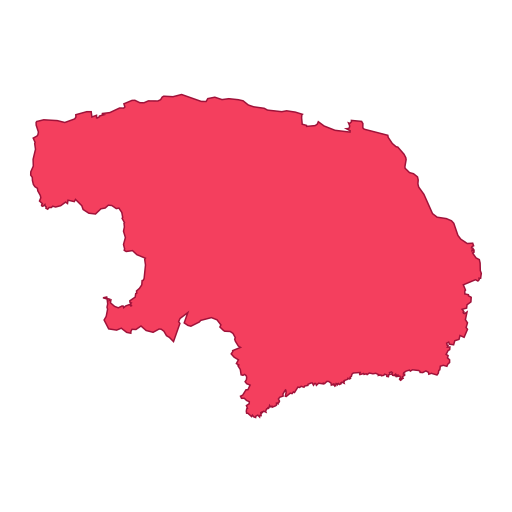 outline of Portlaw-Kilmacthomas Lea-5, Waterford, Ireland
{"feature_id": "5873133B10835743668931", "entity_name": "Portlaw-Kilmacthomas Lea-5", "entity_type": "district", "adm_level": 2, "iso_a3": "IRL", "parent_name": "Ireland", "parent_adm1": "Waterford", "projection": "orthographic", "projection_center": [-7.459, 52.233], "detail": "fine", "context": "isolated", "style": "filled", "palette": "rose", "viewbox_px": 512, "rotation_deg": 0, "n_neighbors": 0, "source": "geoboundaries", "source_scale": "gbopen_adm2", "svg_char_len": 6062}
<svg xmlns="http://www.w3.org/2000/svg" viewBox="0 0 512 512"><path d="M351.4,120.4L351.5,121.7L349.8,123.4L348.5,122.9L349.7,125.9L349.4,127.5L348.6,128.5L346.4,128.7L350.2,130.8L350.0,132.1L335.0,130.3L324.1,126.0L318.3,121.7L317.4,124.0L315.2,125.6L306.6,126.4L306.5,125.4L302.2,124.2L301.6,117.8L301.8,114.9L302.4,114.3L295.3,112.1L286.6,110.8L281.8,111.7L267.5,110.1L264.2,108.3L253.6,106.8L248.3,105.0L243.1,100.8L238.3,99.7L228.8,98.7L222.0,99.6L214.8,97.2L207.8,98.6L206.1,101.5L201.2,101.4L181.6,94.5L173.0,96.7L163.7,96.2L162.2,97.1L160.6,99.7L157.8,101.0L148.3,100.9L143.9,102.8L139.8,102.7L134.9,100.3L132.0,100.4L123.9,103.8L124.9,107.0L123.7,108.1L119.6,108.0L109.8,112.6L102.4,113.5L102.3,114.4L103.7,114.8L99.5,116.0L99.4,116.8L97.3,118.0L96.6,117.9L96.5,115.3L91.9,117.0L91.2,111.7L86.7,111.7L75.8,114.7L75.9,117.1L74.7,118.9L64.8,122.5L57.3,120.6L43.7,119.8L36.7,121.5L36.1,122.5L36.2,125.2L38.4,132.0L37.9,134.8L36.9,136.1L33.2,138.1L35.1,142.4L34.7,143.5L35.5,149.3L33.1,159.3L33.3,166.1L30.8,171.8L30.7,175.1L32.3,177.4L32.4,180.4L33.4,184.5L34.9,186.7L37.4,188.3L37.8,190.9L40.3,195.4L40.8,197.8L39.5,201.0L42.3,203.6L41.5,205.2L41.9,206.0L42.8,206.3L44.9,204.6L45.0,205.8L46.2,206.9L45.9,208.2L47.7,209.2L49.1,207.5L51.4,207.5L52.7,206.2L55.6,207.0L60.7,205.7L65.6,202.1L67.5,203.5L68.0,200.2L74.3,201.6L75.5,199.4L81.8,205.7L83.1,209.5L88.8,213.2L95.5,214.0L100.9,208.8L105.2,208.0L108.3,205.2L111.8,205.5L116.3,208.6L118.9,208.1L121.8,212.5L122.7,217.4L122.1,218.3L124.5,222.7L124.0,223.3L124.4,227.0L123.5,231.2L125.4,237.6L123.5,244.5L124.6,248.8L124.2,250.3L126.2,251.5L132.5,250.6L136.9,254.7L145.4,258.2L144.7,259.4L145.5,265.0L144.1,278.6L143.1,280.4L142.1,280.6L141.8,284.8L139.5,288.3L136.5,291.0L136.8,293.1L135.7,293.6L135.2,297.1L129.8,300.8L130.0,302.3L131.3,302.9L130.3,304.0L131.5,305.7L130.9,306.0L129.6,304.5L125.6,306.0L123.7,307.7L123.2,306.1L122.0,306.0L118.3,307.8L114.6,306.4L110.4,302.8L110.9,300.0L109.2,300.5L109.7,299.2L107.0,298.5L106.7,297.0L103.0,297.8L107.1,299.0L107.7,304.0L107.0,307.2L107.6,309.2L106.2,316.4L104.1,320.0L108.7,328.9L116.6,330.1L121.3,328.2L126.7,332.4L130.8,333.2L130.9,331.4L132.0,329.3L135.9,329.5L141.0,326.0L146.1,330.5L153.1,332.3L159.1,329.0L161.2,329.2L163.9,331.2L166.5,335.7L169.4,337.4L173.5,341.6L179.9,323.4L178.6,321.7L180.0,318.5L187.8,312.6L184.2,322.9L187.9,325.4L190.9,326.2L199.3,322.0L200.7,320.4L211.4,317.6L217.0,319.8L220.9,324.9L219.9,327.0L223.2,330.2L224.6,331.2L230.2,331.5L233.0,333.4L235.3,337.7L234.7,339.2L235.4,341.3L238.3,346.0L240.5,347.4L232.7,350.6L232.9,351.4L231.2,353.9L234.0,357.1L238.4,359.8L236.4,363.6L238.8,365.0L238.0,365.8L240.3,369.5L241.1,374.8L243.0,375.3L244.6,374.4L246.2,375.7L246.7,377.3L246.4,379.8L245.1,381.7L246.7,383.7L250.1,385.1L247.9,389.7L246.0,389.8L242.7,395.1L240.5,396.2L241.5,398.3L244.3,398.3L246.6,400.5L249.3,401.7L249.2,403.7L246.4,405.6L247.5,408.3L246.7,408.8L246.3,411.2L246.6,413.2L247.9,413.3L251.6,416.6L252.4,415.2L253.8,416.9L255.6,417.5L255.7,416.3L257.8,415.1L259.6,417.0L259.8,415.5L261.1,415.6L260.8,412.6L262.1,411.9L262.2,412.6L263.7,411.2L265.9,412.1L265.6,411.3L266.6,408.9L268.5,408.4L268.1,407.6L269.4,407.1L269.6,405.5L270.6,406.8L271.9,406.2L272.2,407.2L275.6,405.8L276.5,405.1L276.5,403.2L278.1,403.8L278.1,402.6L278.9,402.5L279.5,401.1L278.4,399.0L279.8,397.2L283.1,396.1L283.0,393.9L285.4,389.9L284.9,389.5L285.8,390.1L286.1,392.5L285.3,396.2L286.2,396.5L290.2,393.2L292.1,393.6L293.4,391.9L294.5,392.5L297.9,387.1L299.6,387.5L301.1,386.3L304.0,387.2L304.7,386.0L307.9,385.4L308.0,384.3L311.0,383.0L312.3,383.0L313.5,385.2L314.6,383.5L315.7,383.5L316.4,385.3L318.6,383.2L323.4,383.9L323.4,383.2L324.6,383.6L326.9,381.4L328.8,381.5L331.0,383.1L331.3,385.1L333.0,384.2L333.3,385.6L333.4,384.1L334.0,384.0L334.8,386.0L335.5,385.3L335.6,386.4L336.1,383.5L337.1,383.7L337.5,384.7L338.4,383.5L339.5,384.5L341.1,383.7L340.8,383.0L341.9,382.2L344.1,383.2L343.6,381.7L344.3,381.5L344.1,380.6L347.6,379.3L347.9,378.3L349.4,379.0L350.5,378.4L350.0,377.3L351.4,376.4L351.9,374.2L353.3,373.0L360.1,372.5L359.6,374.0L359.9,374.6L363.6,373.5L364.0,374.4L366.3,373.8L367.1,374.6L369.3,373.0L372.9,373.8L375.8,373.3L378.7,374.7L378.4,375.4L380.9,375.0L381.4,375.8L383.8,375.3L384.6,374.2L386.8,374.9L386.8,376.4L388.4,376.7L388.8,374.7L390.1,374.3L389.5,372.6L391.5,371.9L392.4,372.7L391.5,374.2L392.3,374.2L392.6,375.3L393.9,375.5L395.4,374.3L395.3,375.4L396.2,375.1L396.0,375.8L396.8,375.5L396.7,376.3L397.9,375.5L397.8,376.4L399.8,376.1L400.4,377.3L399.9,378.4L400.8,378.4L399.7,379.4L400.6,380.3L401.9,379.3L401.9,378.5L403.1,378.3L402.4,376.7L404.7,375.2L404.6,374.2L403.4,374.5L404.4,374.2L403.4,374.0L403.7,372.8L406.3,371.0L409.5,370.1L410.3,371.1L412.5,369.8L418.7,370.5L420.0,371.4L420.1,372.4L422.7,372.6L425.9,370.9L428.5,372.4L428.8,374.2L431.4,373.3L437.0,375.0L438.3,373.2L438.8,370.4L439.8,369.8L440.3,366.2L443.3,365.3L446.9,366.3L447.7,364.3L449.6,362.5L449.6,359.8L447.5,357.9L448.1,355.6L446.1,354.4L448.0,350.7L449.7,349.6L449.9,347.0L447.4,347.2L448.1,345.4L447.2,345.3L446.6,343.2L448.7,342.1L449.5,344.2L453.6,344.8L454.8,340.7L459.0,339.4L460.0,335.5L464.1,337.3L467.5,329.3L466.1,327.5L467.5,322.8L465.4,319.7L467.0,312.0L464.7,313.6L463.6,313.3L463.9,312.3L463.2,312.1L463.7,311.4L462.1,309.3L466.6,308.1L467.0,304.8L470.9,301.9L471.2,297.3L468.5,295.8L468.4,294.7L464.8,293.9L464.8,290.9L465.5,290.1L463.3,284.8L475.5,279.7L477.9,281.0L479.2,279.7L479.0,278.2L480.6,278.3L481.3,273.4L480.3,270.6L480.1,263.0L479.3,259.6L476.0,257.9L472.6,253.0L474.0,252.2L474.0,250.3L471.9,250.8L472.0,250.0L473.5,249.5L472.8,248.2L471.5,247.8L472.1,246.5L473.6,245.8L472.7,243.2L467.2,243.5L460.8,239.2L457.9,235.4L453.8,223.3L451.5,220.8L446.4,218.6L437.1,217.2L432.5,213.6L423.9,194.3L418.7,187.1L417.9,183.9L418.2,180.0L417.5,176.9L413.5,173.7L409.5,172.6L405.1,168.3L404.9,166.7L406.1,159.7L405.8,157.7L404.0,154.2L397.8,147.1L396.0,146.7L392.3,143.5L388.2,137.4L387.8,135.3L364.2,129.2L362.8,127.8L362.9,123.6L361.6,121.4L351.4,120.4Z" fill="#f43f5e" stroke="#9f1239" stroke-width="1.5"/></svg>